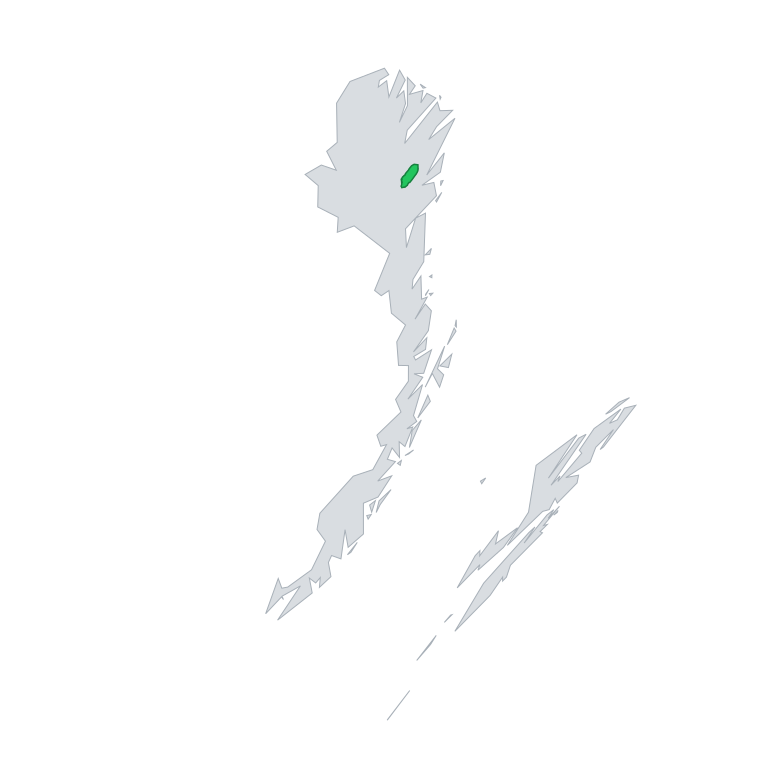 Lesja nor, Oppland, Norway (highlighted), rotated 129°
{"feature_id": "86288312B96709074525664", "entity_name": "Lesja nor", "entity_type": "district", "adm_level": 2, "iso_a3": "NOR", "parent_name": "Norway", "parent_adm1": "Oppland", "projection": "equal_earth", "projection_center": [8.709, 62.19], "detail": "fine", "context": "in_parent", "style": "filled", "palette": "green", "viewbox_px": 768, "rotation_deg": 129, "n_neighbors": 0, "source": "geoboundaries", "source_scale": "gbopen_adm2", "svg_char_len": 5111}
<svg xmlns="http://www.w3.org/2000/svg" viewBox="0 0 768 768"><g transform="rotate(129 384 384)"><path d="M457.6,338.8L429.5,343.9L434.4,347.3L428.2,357.3L395.1,353.2L388.7,365.3L366.5,366.8L354.3,376.6L360.4,384.4L343.2,400.6L324.6,404.4L324.3,422.8L308.3,439.0L317.1,441.7L317.2,450.2L278.9,461.8L279.9,506.7L295.5,515.8L283.3,524.5L288.1,546.9L271.2,560.0L270.8,577.2L253.3,570.5L247.9,555.6L239.2,575.0L225.7,572.4L195.6,597.6L170.3,600.8L138.3,582.4L140.6,575.0L151.0,578.6L156.8,575.3L146.6,572.8L157.9,560.8L130.3,569.4L134.4,558.8L154.0,554.3L143.7,553.1L152.6,543.7L171.0,536.7L153.0,540.9L131.0,558.8L132.6,547.4L142.9,546.5L131.4,538.4L142.4,532.3L131.1,533.6L129.1,523.6L172.1,525.7L184.1,519.3L131.3,519.9L136.4,512.5L128.1,502.9L150.9,505.1L165.9,503.1L132.8,496.1L194.7,482.3L166.4,482.6L183.9,473.5L205.7,479.6L196.0,472.1L204.7,461.7L249.8,465.0L263.9,452.4L235.2,463.8L225.1,459.3L263.9,430.1L284.5,427.3L292.6,421.9L276.8,423.3L294.4,408.2L289.3,405.1L314.1,400.7L295.9,402.2L297.3,393.3L314.7,383.1L340.5,381.3L321.1,379.8L331.0,373.5L343.9,378.2L345.5,374.6L327.5,368.6L350.7,359.9L357.2,367.1L354.4,358.1L380.7,355.9L360.2,353.7L390.0,341.2L392.5,335.0L404.4,338.0L399.3,334.6L419.4,328.4L419.3,335.9L431.3,325.7L428.6,337.5L440.4,334.0L437.1,326.3L463.4,327.8L450.5,320.2L475.6,317.5L489.6,325.0L513.5,305.6L533.5,309.1L521.7,322.6L547.0,307.4L550.3,316.8L557.7,314.9L567.1,304.0L582.7,306.2L574.5,311.7L581.6,311.9L581.8,319.9L591.6,308.3L634.5,318.1L593.5,321.9L612.8,329.6L637.0,331.4L601.7,343.8L607.0,334.9L602.4,331.0L574.0,323.4L543.0,330.6L539.2,344.5L524.8,352.5L475.0,349.9L457.6,338.8ZM339.4,171.7L367.5,174.4L365.1,179.0L377.7,176.6L383.1,180.5L431.8,186.6L392.7,191.0L351.5,214.6L302.0,202.1L353.7,197.0L303.4,198.6L295.9,195.3L357.6,190.5L344.7,189.4L350.4,187.5L313.3,186.8L312.6,190.5L286.4,192.7L254.4,184.1L272.7,184.0L265.0,180.1L251.5,182.0L242.1,174.9L294.8,173.8L298.9,174.8L275.0,177.0L299.9,179.6L314.9,174.8L342.3,183.8L332.4,175.4L339.4,171.7ZM399.9,167.2L445.3,171.7L457.0,167.3L462.5,167.8L459.4,170.3L481.6,168.5L531.6,173.3L476.1,181.2L408.3,177.9L400.1,176.7L419.4,175.0L383.2,174.9L374.8,173.0L385.1,171.9L368.6,170.7L393.6,171.0L390.4,168.7L400.5,169.8L399.9,167.2ZM435.9,188.3L469.6,193.8L464.0,195.8L496.4,198.8L460.0,205.1L453.1,204.6L457.3,201.5L426.0,202.7L438.1,196.7L411.7,189.8L435.9,188.3ZM345.4,353.1L360.5,350.0L316.4,360.7L338.5,352.0L339.3,343.4L351.5,338.8L345.4,353.1ZM368.3,337.1L389.1,336.4L365.1,342.9L368.3,337.1ZM388.4,332.4L417.4,324.3L402.4,332.8L388.4,332.4ZM240.1,184.6L262.7,190.3L268.0,192.8L250.2,189.9L240.1,184.6ZM330.7,344.3L334.8,352.0L318.1,350.1L330.7,344.3ZM488.8,309.2L477.9,314.3L461.6,312.1L480.0,311.1L488.8,309.2ZM491.4,312.9L487.1,319.0L480.0,317.3L491.4,312.9ZM297.6,361.3L313.6,359.5L296.4,364.7L297.6,361.3ZM642.1,170.1L606.0,171.1L643.3,169.9L642.1,170.1ZM557.2,183.9L578.3,184.6L546.5,185.2L557.2,183.9ZM523.9,305.1L535.6,303.8L539.7,305.0L523.9,305.1ZM499.0,311.3L497.1,314.6L493.5,311.8L499.0,311.3ZM437.0,320.2L437.2,323.6L432.5,322.4L437.0,320.2ZM400.0,245.3L398.8,247.9L393.0,245.8L400.0,245.3ZM531.3,187.1L521.6,186.8L520.5,186.0L531.3,187.1ZM254.4,430.0L257.7,433.2L248.8,432.5L254.4,430.0ZM416.6,319.5L422.8,320.8L426.4,322.7L416.6,319.5ZM374.9,168.5L379.1,169.6L372.7,169.2L374.9,168.5ZM209.0,459.3L198.7,459.7L209.5,457.7L209.0,459.3ZM194.3,464.8L190.5,467.6L188.7,466.1L194.3,464.8ZM293.9,365.5L288.6,368.3L294.2,363.6L293.9,365.5ZM129.5,539.8L128.2,544.6L127.6,538.3L129.5,539.8ZM285.1,405.7L282.7,403.2L285.9,403.4L285.1,405.7ZM614.8,326.5L614.1,329.2L613.6,328.7L614.8,326.5ZM288.1,408.1L282.3,408.6L289.3,407.4L288.1,408.1ZM271.3,413.7L271.9,416.2L269.1,415.4L271.3,413.7ZM127.3,519.6L124.7,522.5L125.3,520.1L127.3,519.6Z" fill="#d9dde1" stroke="#a8b0b8" stroke-width="1"/><path d="M205.0,499.7L206.3,499.7L206.5,499.7L206.8,499.7L207.0,499.6L207.3,499.6L207.5,499.6L207.8,499.5L207.8,499.4L208.0,499.4L208.3,499.3L208.4,499.2L208.5,499.2L208.8,499.2L208.9,499.3L209.0,499.3L209.2,499.5L209.3,499.5L209.5,499.6L209.9,499.6L210.0,499.6L210.3,499.6L210.5,499.6L210.8,499.7L211.0,499.7L211.3,499.7L211.3,499.8L211.5,499.8L211.8,499.8L211.9,499.7L212.7,499.6L212.8,499.6L213.0,499.5L213.9,499.5L213.8,498.8L214.7,498.7L214.9,498.6L215.0,498.3L215.0,498.2L215.3,498.0L215.3,497.9L215.5,497.9L215.7,497.7L215.8,497.6L215.7,497.6L215.8,497.5L215.7,497.5L215.8,497.4L215.7,497.3L215.4,497.3L215.2,497.2L215.3,497.2L215.5,497.0L215.6,496.9L216.8,496.5L218.2,495.6L219.5,495.2L219.9,494.2L220.2,493.8L219.9,493.5L219.2,492.9L218.2,492.2L218.0,491.6L215.5,491.1L214.8,490.9L214.3,491.1L214.0,491.2L213.9,491.2L213.6,491.3L213.4,491.3L212.9,491.4L212.1,491.4L211.8,491.4L211.2,490.8L209.2,490.8L207.9,490.8L205.9,490.9L205.7,490.9L202.3,491.1L200.8,491.1L198.4,491.5L197.6,491.8L197.2,491.8L196.9,491.9L196.3,492.4L196.2,492.5L195.9,492.6L195.6,492.7L195.6,492.8L195.4,492.9L195.4,493.0L195.2,493.1L195.0,493.3L194.9,493.3L194.7,493.5L194.4,493.8L193.7,494.4L192.3,495.6L194.3,498.8L195.4,499.3L197.1,499.9L200.8,499.9L202.4,499.6L205.0,499.7Z" fill="#22c55e" stroke="#15803d" stroke-width="1.5"/></g></svg>